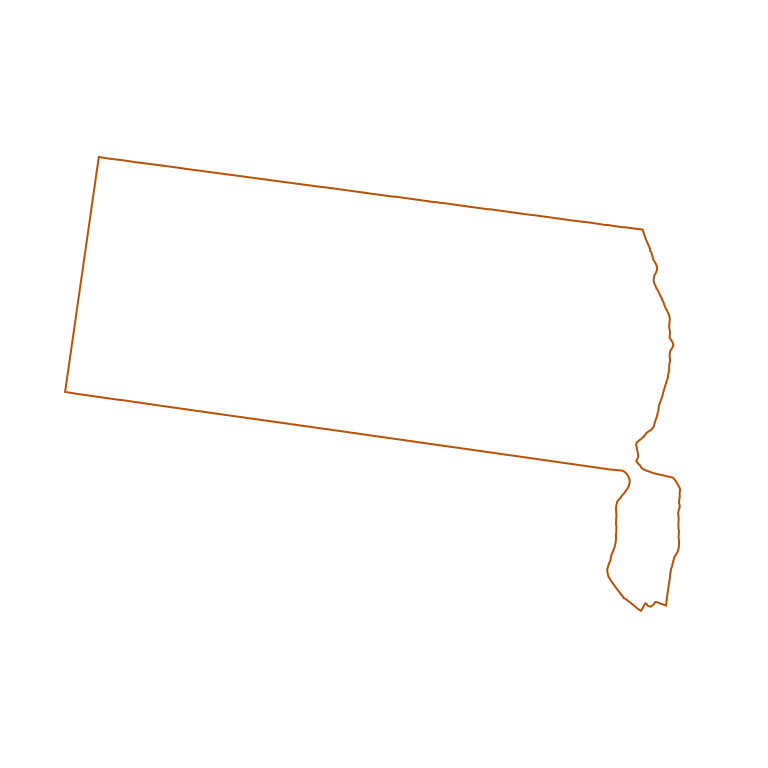 outline of Flores, Petén, Guatemala, rotated 278°
{"feature_id": "79465075B29101343458737", "entity_name": "Flores", "entity_type": "district", "adm_level": 2, "iso_a3": "GTM", "parent_name": "Guatemala", "parent_adm1": "Petén", "projection": "orthographic", "projection_center": [-89.621, 17.359], "detail": "fine", "context": "isolated", "style": "outline", "palette": "amber", "viewbox_px": 768, "rotation_deg": 278, "n_neighbors": 0, "source": "geoboundaries", "source_scale": "gbopen_adm2", "svg_char_len": 2945}
<svg xmlns="http://www.w3.org/2000/svg" viewBox="0 0 768 768"><g transform="rotate(278 384 384)"><path d="M572.9,618.5L572.9,617.9L572.7,600.1L572.4,597.8L572.6,582.9L572.3,581.7L572.5,566.6L572.1,546.8L572.1,511.1L571.8,500.6L571.8,464.2L571.5,463.0L571.5,455.3L571.4,445.7L571.4,416.3L571.1,414.0L571.4,413.0L571.1,406.3L571.1,368.6L570.8,368.1L570.7,344.6L570.6,306.8L570.8,305.6L570.5,304.9L570.6,297.5L570.4,296.7L570.1,253.3L569.5,161.8L569.5,139.0L569.1,106.9L569.2,91.9L568.9,81.2L569.1,70.0L331.8,69.3L331.5,82.7L331.4,122.5L331.6,126.1L331.4,161.5L331.3,253.2L331.3,345.0L331.1,436.9L331.0,528.7L330.8,620.6L331.3,628.6L331.3,632.0L331.0,633.4L329.7,635.7L328.0,637.6L326.1,639.0L323.8,640.4L321.3,640.9L319.3,640.9L316.0,640.4L309.4,637.1L306.7,635.2L305.0,634.4L300.1,631.3L294.0,630.9L287.6,632.1L286.9,632.5L284.3,632.5L276.9,633.3L276.1,633.8L274.6,634.2L272.4,634.2L270.8,634.6L266.3,634.7L265.9,635.0L260.0,635.5L254.7,635.1L246.1,633.0L240.8,632.7L236.0,631.5L231.6,630.9L228.9,631.3L227.0,632.1L224.3,633.2L220.7,636.3L220.0,636.9L215.0,641.6L213.4,643.2L207.3,649.5L206.4,650.5L205.3,651.0L205.3,652.0L204.2,654.2L203.7,655.0L202.9,656.2L202.4,657.1L201.3,659.2L199.5,662.3L197.0,666.0L195.1,670.0L196.4,670.7L198.0,671.3L202.8,673.1L203.2,673.5L203.2,673.9L201.1,676.2L200.6,679.0L201.9,680.5L203.4,681.8L205.9,682.9L205.9,684.9L204.9,689.3L203.9,694.1L218.7,693.9L231.0,694.1L232.1,694.1L235.5,693.9L241.2,694.1L243.9,694.8L245.5,694.7L251.6,695.4L253.3,695.8L258.9,698.2L262.9,698.7L269.8,698.1L272.2,697.2L280.3,696.4L281.0,695.9L286.5,695.0L290.5,694.7L293.7,694.1L296.5,693.2L301.2,693.5L302.7,694.0L305.7,693.5L306.5,693.0L308.6,692.5L314.3,692.5L317.0,691.9L320.5,692.0L321.3,691.7L322.7,690.9L328.4,686.5L330.9,683.9L331.5,683.0L333.1,664.0L335.1,654.6L335.8,652.4L336.2,652.0L336.6,650.9L339.5,648.3L340.7,646.4L341.2,646.3L341.3,645.9L342.7,644.6L347.2,645.9L351.4,645.0L352.2,644.4L356.5,643.1L357.4,642.5L359.4,642.1L361.4,642.5L367.0,647.7L368.0,648.6L368.4,648.6L368.9,649.2L369.9,649.5L371.5,650.6L372.2,650.6L376.1,655.3L378.3,656.3L378.6,656.7L380.2,657.2L382.3,657.3L391.2,659.0L392.7,658.9L396.5,659.5L398.8,659.2L401.6,659.4L411.5,661.5L412.4,661.4L418.9,662.3L429.9,664.2L433.0,664.0L436.9,664.5L443.0,663.8L447.8,664.1L448.1,663.8L449.6,663.5L449.8,663.3L453.8,662.7L456.9,662.9L458.4,663.8L461.7,665.1L463.0,665.1L463.4,664.7L464.9,664.3L466.0,663.5L469.6,660.3L474.8,660.1L480.2,658.4L483.5,658.2L488.1,658.0L492.1,656.7L496.6,653.7L498.3,652.2L500.0,651.4L501.9,650.2L502.4,650.2L506.7,647.4L507.6,647.1L509.1,645.8L511.2,644.5L516.0,641.3L516.8,640.3L517.3,640.2L521.9,637.3L525.1,636.4L529.3,636.7L532.3,637.9L535.2,638.5L538.6,637.8L539.3,637.2L540.3,636.8L542.1,635.5L545.1,633.1L545.4,633.2L550.6,630.8L552.0,630.0L553.0,628.9L554.7,628.8L555.2,628.2L555.8,628.2L559.2,626.0L562.9,623.7L565.8,622.1L568.7,620.6L570.8,619.7L572.9,618.5Z" fill="none" stroke="#b45309" stroke-width="2"/></g></svg>